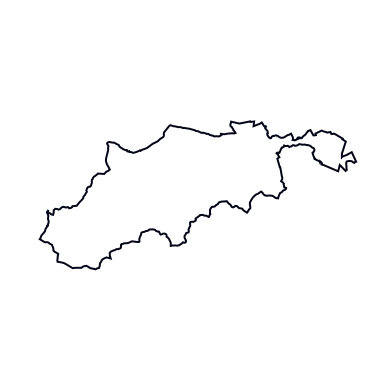 Garcina, Neamt, Romania, rotated 315°
{"feature_id": "2599482B24774120004801", "entity_name": "Garcina", "entity_type": "district", "adm_level": 2, "iso_a3": "ROU", "parent_name": "Romania", "parent_adm1": "Neamt", "projection": "orthographic", "projection_center": [26.305, 47.002], "detail": "fine", "context": "isolated", "style": "outline", "palette": "ink", "viewbox_px": 384, "rotation_deg": 315, "n_neighbors": 0, "source": "geoboundaries", "source_scale": "gbopen_adm2", "svg_char_len": 6067}
<svg xmlns="http://www.w3.org/2000/svg" viewBox="0 0 384 384"><g transform="rotate(315 192 192)"><path d="M319.5,232.0L317.5,231.0L317.4,231.2L315.3,231.1L313.2,231.6L309.6,231.2L307.8,231.5L307.4,231.4L306.4,229.1L305.6,229.0L305.2,228.4L304.7,228.5L305.4,229.8L301.1,228.1L300.9,227.4L300.0,226.4L300.7,226.1L302.0,224.7L303.3,220.8L301.2,220.2L299.6,219.3L296.0,218.6L294.9,218.0L293.8,217.2L293.1,216.3L292.4,214.2L292.3,212.8L291.2,211.1L289.6,210.4L289.2,209.8L288.2,209.4L287.3,209.3L286.1,209.8L285.2,209.2L285.1,207.2L285.6,205.0L286.5,203.9L287.1,204.1L288.2,202.7L288.5,202.3L288.8,198.8L289.1,198.5L290.5,198.1L290.6,197.6L289.5,197.4L289.9,194.3L290.1,194.2L290.5,192.2L288.2,191.7L282.1,189.0L285.8,186.1L283.0,183.9L282.6,183.4L282.9,183.1L282.6,182.9L273.9,177.1L269.4,169.9L266.5,171.7L265.8,172.8L266.1,174.4L265.7,175.5L265.5,176.9L265.0,177.3L265.0,178.7L264.5,181.0L263.1,180.3L262.1,179.0L257.8,175.4L256.1,174.4L255.4,173.5L254.4,172.8L254.1,171.9L253.7,171.5L253.4,172.3L252.9,172.6L251.8,172.1L251.2,172.2L250.0,171.4L248.8,169.9L247.0,168.4L246.6,166.8L246.0,166.3L245.5,165.0L244.9,164.4L244.9,163.2L244.5,162.4L243.6,161.5L243.1,160.2L241.9,158.3L241.8,157.8L240.8,157.2L240.2,156.1L239.2,153.2L237.9,151.7L237.7,150.4L235.0,145.6L232.3,141.9L231.6,140.9L230.9,140.5L230.1,138.6L229.5,137.7L228.1,136.4L226.8,134.1L225.5,132.5L223.9,129.4L222.5,129.2L214.4,130.1L213.6,130.5L212.1,132.2L210.8,132.8L206.5,131.9L203.8,132.0L198.2,130.1L191.5,129.1L188.1,127.7L187.5,127.2L185.0,126.5L185.2,126.2L184.8,125.9L181.4,124.6L179.3,123.5L178.1,122.7L177.2,120.8L176.0,119.4L176.5,118.7L175.4,118.0L175.0,117.5L175.6,116.3L174.6,115.5L173.6,112.9L172.8,108.8L173.4,106.9L172.7,105.1L172.0,102.3L170.6,100.7L168.9,98.1L167.8,97.5L167.0,97.4L166.1,97.8L165.4,100.4L163.5,101.8L162.5,103.0L156.3,106.7L154.6,107.8L153.0,109.3L151.3,112.5L150.8,114.8L149.7,118.0L147.4,117.8L146.1,117.1L142.6,117.1L138.6,112.5L135.0,112.2L133.5,111.8L132.2,112.0L131.2,112.5L129.9,112.6L128.7,113.5L127.8,114.6L124.8,116.2L123.3,116.0L123.0,115.5L122.2,115.0L120.4,115.2L118.5,116.1L117.8,117.5L115.7,117.9L114.4,118.4L112.2,118.5L110.5,119.5L108.3,119.7L105.2,119.7L100.7,120.2L97.4,117.5L96.3,117.9L94.7,117.5L93.6,116.5L93.6,115.0L91.8,113.7L90.5,111.4L89.0,110.8L85.9,110.6L85.3,110.2L84.6,108.7L83.4,107.2L81.3,107.1L79.5,108.9L77.6,109.9L76.6,108.1L76.7,106.9L75.9,105.8L75.8,105.2L76.1,104.1L77.7,103.2L75.2,103.7L74.9,104.0L74.3,105.9L73.4,107.4L71.2,109.1L70.0,111.3L68.7,112.4L67.4,112.9L66.5,113.9L65.9,113.8L65.6,113.5L65.2,114.0L62.5,114.5L60.0,115.9L54.8,116.3L52.2,117.5L51.0,117.7L52.4,123.5L53.8,124.7L54.5,125.7L54.7,126.3L54.8,127.7L55.6,130.3L54.2,133.6L52.6,135.5L52.6,137.1L53.7,141.1L52.1,142.1L49.7,144.2L48.5,145.0L47.6,146.3L49.6,149.0L51.1,151.5L51.7,153.3L53.8,161.5L56.0,163.2L60.3,167.5L62.1,167.6L64.4,168.9L65.3,169.8L66.3,174.2L67.2,175.2L67.7,176.3L68.4,177.0L69.1,178.4L71.2,179.1L72.4,180.0L74.4,179.1L76.4,177.4L78.1,177.1L80.1,176.4L81.9,176.5L85.1,177.7L86.8,180.1L87.5,181.5L88.8,179.1L90.6,177.0L92.1,176.7L95.0,177.7L96.0,178.4L98.2,179.0L99.5,180.3L101.7,181.2L102.9,180.7L104.4,179.2L105.2,179.0L105.9,179.6L107.8,180.3L109.5,182.0L111.0,183.0L114.7,184.4L117.2,187.7L118.7,189.5L119.5,189.9L119.8,189.9L121.4,188.0L124.4,186.5L125.3,186.4L127.2,185.1L128.7,185.4L129.9,186.4L131.5,186.9L133.1,188.0L134.2,188.4L135.2,188.3L137.6,190.4L139.0,192.3L139.1,194.1L139.5,194.9L139.5,195.3L140.6,196.7L139.7,199.5L139.7,199.9L141.2,200.8L142.1,201.0L142.9,201.7L143.3,202.2L143.8,203.7L143.5,204.5L142.4,205.7L142.7,207.1L142.6,208.7L141.4,212.2L140.6,213.4L138.9,215.1L140.4,216.1L142.6,218.2L143.5,219.4L145.1,220.5L148.4,221.2L150.0,221.2L150.2,221.4L150.4,222.2L151.3,222.9L151.7,223.0L152.7,222.8L153.6,221.7L153.6,221.3L154.6,218.8L155.9,217.7L157.2,217.6L158.7,216.9L161.0,218.1L162.2,217.3L163.1,216.0L164.4,215.6L165.0,215.2L166.7,214.8L169.0,212.2L170.1,212.3L172.1,214.2L174.1,214.8L175.1,214.4L175.2,213.8L175.9,213.3L180.9,214.2L181.4,214.0L183.5,215.9L184.1,217.6L185.4,218.9L186.0,221.3L186.3,221.6L188.4,220.7L189.4,220.6L189.7,219.8L191.7,217.7L192.7,217.1L194.6,216.6L195.4,216.6L196.1,217.0L196.3,217.3L197.8,218.3L199.7,218.3L201.4,218.8L204.0,218.5L206.1,219.7L209.9,223.0L209.7,223.2L210.0,224.0L209.8,226.2L210.2,227.9L209.6,230.8L210.2,231.9L211.1,232.3L212.8,232.5L213.8,233.7L213.9,236.7L215.6,239.0L215.7,239.6L215.4,241.0L215.7,243.2L216.2,244.6L216.1,245.1L216.4,245.6L219.9,244.7L221.6,244.7L222.8,243.7L223.7,242.2L225.5,240.4L228.8,239.4L231.5,238.9L235.2,239.0L237.4,239.9L241.1,240.5L241.3,240.7L241.1,241.2L241.2,241.8L241.4,242.1L241.0,243.5L241.0,245.6L241.8,246.7L241.8,247.2L244.4,249.3L246.2,251.6L246.7,253.8L246.9,255.4L248.4,257.4L249.2,256.8L253.4,255.0L255.3,255.6L257.4,255.4L259.5,256.3L261.1,256.1L261.4,255.8L261.2,254.9L260.5,254.0L262.3,251.3L262.8,251.2L263.0,249.3L262.6,247.4L265.0,246.6L266.2,245.5L266.4,244.8L271.4,237.6L271.8,236.9L271.5,236.8L271.6,236.5L275.9,228.8L278.4,229.2L278.8,227.1L279.5,226.1L279.0,224.5L279.4,224.3L280.8,224.9L281.6,226.1L286.0,224.3L287.1,224.2L287.1,224.5L288.8,224.9L290.0,224.3L290.1,224.8L290.5,225.5L292.4,227.1L292.6,229.0L293.4,229.2L294.5,230.0L296.4,230.2L297.2,231.1L297.4,231.9L297.8,232.5L299.3,233.4L301.8,234.1L303.6,236.7L305.3,238.2L306.6,240.4L307.2,240.8L308.3,243.1L308.4,245.4L309.0,247.0L308.4,248.8L307.2,249.5L306.4,249.4L305.8,249.9L305.0,249.5L304.5,250.2L302.0,255.4L302.1,255.6L302.6,255.5L302.5,256.8L303.7,260.1L303.8,260.6L303.5,261.4L304.3,260.9L304.3,261.1L304.4,262.4L304.2,263.6L303.2,264.4L304.2,266.2L310.0,280.7L315.6,277.4L315.5,285.7L317.1,285.8L318.1,284.3L320.0,282.4L320.9,281.0L322.8,279.9L323.4,280.0L325.0,281.1L326.7,283.1L326.9,285.0L327.4,286.2L328.4,286.0L329.5,286.6L333.1,276.8L327.5,275.2L323.7,273.4L322.6,273.4L325.1,270.9L336.4,265.1L335.6,261.0L336.3,260.8L334.1,252.3L333.6,251.0L332.5,250.5L331.6,249.5L332.3,247.5L329.5,245.5L329.2,244.4L328.5,243.4L327.0,240.2L320.6,238.0L319.8,239.4L317.9,237.9L318.2,236.5L319.5,232.0Z" fill="none" stroke="#020617" stroke-width="2"/></g></svg>